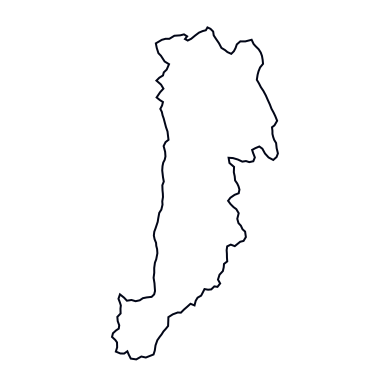 outline of Mutuípe, Bahia, Brazil, rotated 356°
{"feature_id": "56859067B154349713184", "entity_name": "Mutuípe", "entity_type": "district", "adm_level": 2, "iso_a3": "BRA", "parent_name": "Brazil", "parent_adm1": "Bahia", "projection": "mercator", "projection_center": [-39.511, -13.326], "detail": "fine", "context": "isolated", "style": "outline", "palette": "ink", "viewbox_px": 384, "rotation_deg": 356, "n_neighbors": 0, "source": "geoboundaries", "source_scale": "gbopen_adm2", "svg_char_len": 2998}
<svg xmlns="http://www.w3.org/2000/svg" viewBox="0 0 384 384"><g transform="rotate(356 192 192)"><path d="M104.9,345.9L109.3,348.1L113.1,348.4L116.4,346.4L117.6,349.9L119.3,353.9L124.7,355.1L130.0,352.6L134.4,353.9L142.3,351.4L143.8,347.6L144.9,342.5L147.1,337.4L149.7,334.2L151.7,332.0L153.8,329.1L156.4,326.6L158.8,324.0L159.4,318.4L159.7,315.2L164.3,312.7L169.4,311.2L172.5,311.6L175.8,308.7L179.4,306.0L182.7,303.4L186.6,305.3L188.1,300.8L190.2,297.8L193.9,296.0L196.0,292.6L197.7,289.7L201.2,290.6L204.4,290.5L207.7,287.7L210.8,288.4L213.7,285.2L211.8,281.2L213.7,276.4L217.3,273.0L218.4,269.3L218.9,266.0L222.3,263.7L222.3,259.9L222.5,256.0L222.5,252.4L223.3,248.7L227.0,247.2L230.9,249.0L233.6,247.1L236.6,245.0L240.0,244.4L242.6,240.7L242.2,235.2L239.8,232.7L238.4,229.0L236.2,226.3L235.3,221.9L237.1,216.4L235.0,212.2L232.4,210.0L229.7,206.9L227.4,203.3L229.9,200.4L234.3,197.8L238.5,196.5L239.5,192.9L238.8,189.6L237.7,186.7L235.8,183.5L235.7,179.4L235.1,175.2L235.7,169.9L231.4,165.7L230.9,160.4L235.2,161.0L240.0,162.8L244.3,165.2L248.0,164.9L251.2,166.2L255.3,165.6L257.1,161.9L255.7,157.4L254.9,154.2L258.2,152.7L262.3,151.3L265.2,153.7L267.5,158.7L270.8,162.9L275.3,165.7L278.8,163.0L280.4,159.5L279.5,154.2L279.3,149.0L277.6,145.7L276.8,142.7L276.3,139.7L276.5,136.5L276.3,133.0L278.9,131.3L281.9,126.9L280.4,122.2L278.9,118.4L277.1,114.5L275.8,110.2L274.0,105.4L272.4,100.9L270.2,96.0L268.0,92.2L266.4,88.4L264.5,84.6L265.6,79.7L266.8,76.2L268.6,72.5L271.8,69.1L271.7,65.1L271.3,61.2L270.3,57.7L268.5,54.3L265.6,51.0L263.8,48.7L262.1,44.3L255.6,45.5L250.7,45.1L247.0,47.9L245.5,51.4L243.6,54.5L240.8,56.9L237.1,54.9L234.8,52.7L231.4,50.3L229.3,45.5L226.6,40.9L224.6,37.3L224.3,33.4L221.8,30.5L218.9,28.9L217.1,31.6L213.9,32.2L210.1,33.5L206.1,36.1L201.9,39.1L198.3,40.6L195.7,38.9L198.0,36.4L195.0,34.2L191.2,34.9L185.3,34.9L180.1,37.6L176.4,37.3L172.5,38.1L166.3,41.2L166.9,45.9L168.2,51.2L170.5,53.9L173.8,59.9L178.0,62.9L175.3,68.1L172.2,70.7L171.2,73.7L167.4,75.7L164.3,78.4L168.6,82.7L170.7,86.9L167.2,90.2L163.3,95.2L166.3,98.0L169.3,100.2L168.2,103.6L166.2,106.9L167.5,110.0L168.0,113.4L168.9,116.7L169.6,120.4L170.6,125.6L171.8,130.0L172.0,134.6L172.2,138.3L169.1,140.4L166.9,144.2L168.0,150.0L168.0,154.7L167.0,158.0L165.4,160.6L164.4,164.1L163.8,168.4L164.1,175.2L164.6,179.6L162.9,183.2L162.7,188.3L162.8,191.5L162.7,195.0L161.7,199.2L161.7,202.6L160.2,207.4L157.9,210.5L156.5,215.9L155.7,219.4L154.3,222.8L153.1,225.7L151.6,229.0L150.9,232.8L151.4,236.5L152.6,240.2L152.6,243.2L153.2,246.5L153.2,250.7L151.6,256.7L150.1,259.9L149.0,265.2L148.7,270.0L147.7,274.9L148.2,280.4L148.2,284.1L148.2,288.2L147.1,291.5L144.4,293.8L139.4,294.0L135.6,294.5L132.3,296.4L128.1,297.0L124.1,295.5L119.5,295.9L116.9,292.7L113.0,289.1L111.2,293.4L112.3,296.9L113.1,300.2L112.5,303.4L112.3,308.2L108.8,311.4L108.9,315.7L110.1,319.9L109.4,323.2L106.7,324.7L103.3,327.4L102.1,331.0L105.1,334.2L106.7,336.8L106.5,341.7L104.9,345.9Z" fill="none" stroke="#020617" stroke-width="2"/></g></svg>